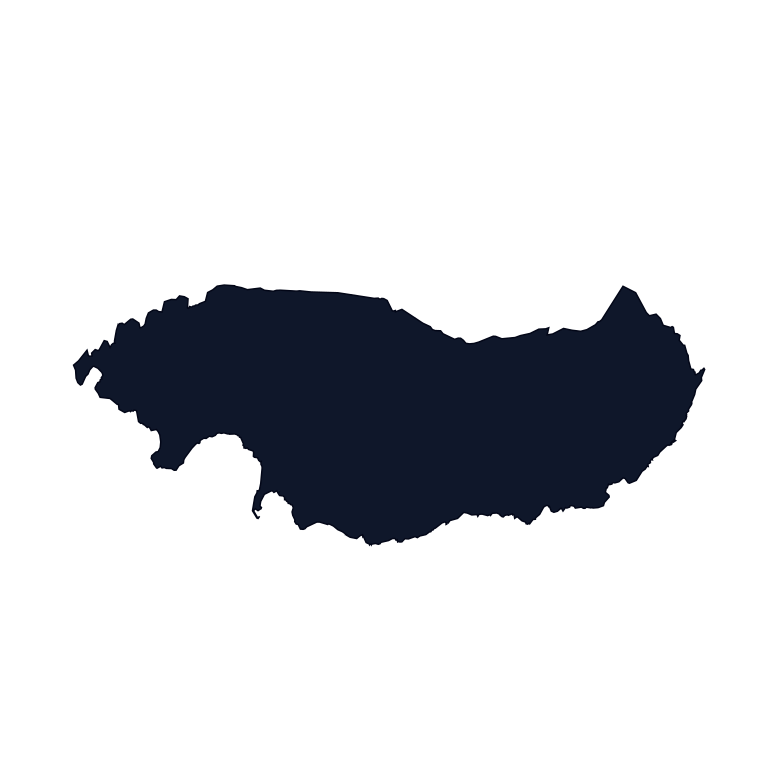 outline of Svelvik nor, Vestfold, Norway, rotated 108°
{"feature_id": "86288312B37991214799587", "entity_name": "Svelvik nor", "entity_type": "district", "adm_level": 2, "iso_a3": "NOR", "parent_name": "Norway", "parent_adm1": "Vestfold", "projection": "natural_earth1", "projection_center": [10.357, 59.613], "detail": "fine", "context": "isolated", "style": "filled", "palette": "ink", "viewbox_px": 768, "rotation_deg": 108, "n_neighbors": 0, "source": "geoboundaries", "source_scale": "gbopen_adm2", "svg_char_len": 6108}
<svg xmlns="http://www.w3.org/2000/svg" viewBox="0 0 768 768"><g transform="rotate(108 384 384)"><path d="M462.0,685.1L466.1,681.6L473.6,678.6L477.3,675.6L478.8,672.4L477.4,671.0L468.9,670.1L466.1,668.6L461.4,668.2L457.4,666.4L456.8,665.4L457.4,661.0L460.2,655.8L462.5,654.0L465.6,654.8L466.4,653.8L467.6,655.1L469.8,654.9L471.1,656.6L476.7,657.6L478.1,657.0L481.2,652.8L484.4,649.9L482.4,640.1L485.8,631.5L485.5,630.2L489.9,628.2L491.2,621.8L488.1,617.9L488.6,616.5L487.3,615.9L487.3,614.2L486.0,613.6L485.8,611.1L495.6,605.8L496.6,603.3L496.2,602.7L496.2,601.2L496.9,600.4L496.5,600.0L498.5,595.7L497.4,594.9L498.2,593.0L500.2,591.0L497.6,586.4L499.0,584.1L501.7,581.5L508.1,578.4L513.6,577.2L518.1,577.9L519.2,579.9L524.0,582.7L526.7,582.4L529.7,578.9L531.2,578.3L534.1,574.4L534.2,573.8L531.2,571.0L532.4,569.2L531.3,567.1L531.5,565.0L530.1,560.0L530.9,556.9L530.2,555.1L525.1,553.8L521.1,550.4L517.9,551.0L515.3,550.5L504.3,546.8L499.0,544.3L497.6,543.0L497.7,541.6L496.8,541.0L494.5,541.4L491.3,538.7L490.7,536.3L487.7,534.1L487.3,531.2L485.0,528.6L482.5,527.6L481.4,525.7L481.2,523.4L479.9,521.1L479.8,517.4L479.1,515.8L479.5,515.6L477.6,510.4L477.7,507.7L478.2,507.0L477.8,506.2L479.2,505.0L479.1,503.8L484.3,499.2L485.8,499.2L486.8,497.5L488.0,497.5L487.9,495.4L487.0,494.3L488.1,492.5L488.1,487.8L489.5,486.8L493.1,485.9L493.7,484.7L493.2,481.5L495.3,479.6L496.2,477.6L495.6,476.8L498.2,476.3L500.3,474.4L502.2,473.8L516.7,470.5L522.8,469.8L524.4,470.2L524.7,471.6L526.9,471.2L531.2,472.0L545.2,469.9L550.8,463.4L550.8,462.2L548.3,461.4L550.5,462.6L544.9,468.9L542.4,467.8L543.4,464.7L540.7,462.6L540.4,463.1L540.5,462.5L539.3,462.4L538.7,463.9L537.7,464.4L533.8,465.0L525.9,463.7L520.5,458.2L520.1,457.0L521.1,455.2L518.7,453.0L520.6,451.0L520.1,450.6L520.8,450.7L522.3,448.9L521.6,445.2L522.5,443.6L524.7,442.8L524.3,442.2L525.7,440.1L525.7,439.1L527.1,438.2L526.8,436.7L527.5,435.6L527.5,433.8L529.8,432.0L534.1,431.9L537.1,430.2L540.7,426.8L542.5,426.4L544.3,424.2L544.1,422.2L547.8,418.7L547.2,416.0L546.1,414.5L543.7,413.4L536.1,405.3L535.2,402.5L535.0,394.1L534.3,393.8L534.1,392.3L534.7,388.2L536.8,382.9L537.3,378.0L538.5,374.2L539.1,374.1L538.8,372.8L539.4,372.7L540.2,368.9L539.4,362.2L535.8,360.0L534.0,357.9L535.7,357.0L535.0,356.8L540.3,352.0L540.8,348.3L541.4,348.0L540.6,347.6L540.3,346.7L540.8,346.3L540.1,346.2L538.3,342.9L538.2,339.9L537.1,338.4L535.5,338.0L531.5,331.3L528.4,328.3L527.5,325.9L528.8,324.3L528.0,323.4L530.0,322.2L529.2,321.1L529.4,320.2L528.6,318.2L524.7,316.4L523.8,312.9L519.5,307.3L519.8,304.8L517.4,302.9L514.3,297.7L510.5,295.0L510.1,293.9L508.0,293.2L507.7,292.3L505.6,291.5L505.3,290.7L498.2,285.9L496.3,283.5L496.8,282.1L498.4,281.6L497.9,281.0L496.5,281.5L496.4,280.0L493.5,279.1L489.1,272.5L481.5,268.5L481.0,264.9L481.4,260.1L479.4,255.2L480.9,253.9L478.5,253.3L477.4,250.4L477.1,244.7L475.7,243.1L476.2,242.1L473.5,241.1L471.8,236.8L472.2,233.3L472.8,233.2L473.7,230.6L473.5,229.4L471.7,228.6L470.1,226.1L470.5,225.3L467.9,221.9L468.7,221.1L468.2,220.8L468.5,219.7L471.4,218.2L469.3,216.6L469.3,215.6L471.5,210.5L471.6,206.6L473.0,205.7L472.9,204.0L471.4,202.8L471.9,202.2L466.9,200.5L465.8,198.2L464.4,198.5L459.9,195.7L451.7,194.1L449.7,192.5L449.1,191.4L449.1,189.9L449.8,189.4L449.3,188.9L453.2,185.6L453.5,182.8L451.4,179.7L447.6,177.4L447.4,176.8L449.5,174.5L445.4,173.2L445.5,171.8L443.7,169.4L442.4,169.5L441.6,167.8L441.5,165.4L442.9,163.7L440.1,158.2L440.6,156.0L440.1,154.4L438.6,153.4L437.9,149.0L437.1,147.7L437.4,147.0L435.4,142.2L431.9,137.7L428.5,137.8L421.9,134.9L420.4,135.7L418.6,140.0L414.2,140.4L413.8,139.6L409.9,139.5L410.0,138.3L408.7,136.3L407.6,136.3L406.9,135.3L406.7,133.9L404.4,130.4L399.5,127.7L399.3,125.6L402.5,121.3L402.5,119.9L397.7,114.3L387.3,111.6L384.2,109.3L380.9,108.4L380.8,107.2L378.7,108.3L376.5,106.3L375.2,107.0L373.0,106.4L373.1,105.4L372.3,105.9L370.2,104.8L367.3,101.6L363.6,100.7L355.5,96.2L354.2,95.2L354.2,93.9L352.4,92.8L353.1,92.3L352.4,91.8L351.5,91.8L352.2,92.9L351.6,92.9L349.4,92.1L349.9,90.8L347.7,89.1L347.5,89.8L348.5,90.6L347.8,91.1L346.9,90.6L339.9,91.1L333.6,87.9L332.1,87.5L332.6,88.2L331.5,88.4L330.2,87.2L329.2,88.4L328.0,88.3L326.4,87.3L326.8,87.0L323.8,86.0L321.2,86.2L320.8,86.9L319.9,86.6L318.3,87.5L315.6,86.0L313.8,86.6L308.6,85.2L307.0,85.3L307.0,86.0L298.0,85.3L292.6,85.9L282.6,82.9L279.8,84.2L271.1,83.5L270.2,84.6L272.7,86.0L273.0,86.9L276.1,87.7L278.9,90.3L278.9,91.0L276.6,91.9L276.6,92.7L274.6,94.2L274.9,96.8L267.7,101.5L262.8,103.6L261.1,105.5L254.3,110.0L254.7,111.3L251.1,116.8L246.4,117.5L245.6,120.6L246.2,123.4L240.7,126.3L240.4,127.7L241.7,128.8L241.9,136.6L236.4,141.3L233.5,146.8L237.1,152.7L235.0,156.6L219.4,172.9L217.2,186.9L255.7,196.8L258.0,198.3L258.7,199.7L262.3,201.2L269.6,207.8L273.1,213.2L274.8,221.8L275.7,230.4L284.3,239.0L286.9,244.0L279.6,244.7L281.6,247.3L284.0,253.7L290.8,260.7L295.8,269.2L299.3,273.7L304.6,285.9L304.2,292.5L304.8,294.9L314.9,306.9L317.6,310.9L319.4,315.1L320.0,318.7L317.9,322.0L316.8,325.2L317.5,327.7L319.7,330.6L318.0,343.4L315.9,346.6L317.4,351.9L317.3,354.8L315.2,357.7L314.2,365.8L307.5,390.0L311.8,395.4L310.6,395.9L311.8,397.8L311.8,398.8L303.6,406.8L302.9,410.6L303.3,412.6L304.2,413.4L304.6,414.9L304.1,416.0L305.6,419.8L311.5,456.1L319.0,481.7L321.4,492.9L322.7,495.9L326.8,511.5L328.2,515.3L330.0,517.9L331.8,526.7L331.0,531.3L336.5,543.1L336.4,549.3L337.1,555.3L336.7,556.4L339.3,566.6L342.5,572.9L347.4,576.0L351.5,580.0L360.6,579.4L364.8,584.5L366.1,585.0L367.3,587.7L368.8,588.5L368.8,589.6L370.4,590.8L370.4,592.8L372.4,593.1L372.4,594.4L363.5,596.7L362.7,600.9L363.4,605.7L368.0,607.7L369.3,612.4L373.6,618.2L384.1,617.4L384.8,620.7L384.1,623.4L385.0,626.2L389.2,630.0L395.0,630.4L400.7,629.7L403.1,630.4L405.2,632.2L405.9,633.5L401.8,635.9L399.8,643.0L400.7,644.9L407.8,649.4L407.1,651.8L408.3,654.1L410.1,654.5L409.6,655.2L415.7,655.1L426.5,653.6L428.4,652.5L428.8,653.9L430.8,655.2L434.0,655.8L429.1,660.4L429.2,663.5L439.5,665.4L440.6,666.3L440.5,669.3L445.0,671.6L447.5,670.3L448.7,672.7L448.1,674.1L443.6,676.9L456.5,681.7L462.0,685.1Z" fill="#0f172a" stroke="#020617" stroke-width="1.5"/></g></svg>